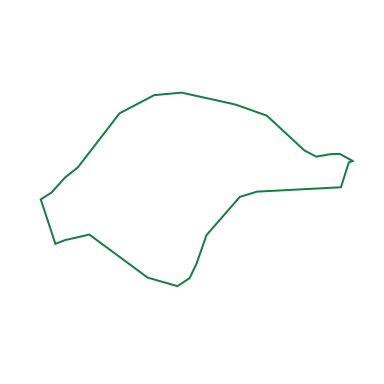 the Province of Kep, rotated 311°
{"feature_id": "KHM-1798", "entity_name": "Kep", "entity_type": "Province", "adm_level": 1, "iso_a3": "KHM", "parent_name": "Cambodia", "parent_adm1": "", "projection": "orthographic", "projection_center": [104.354, 10.511], "detail": "fine", "context": "isolated", "style": "outline", "palette": "green", "viewbox_px": 384, "rotation_deg": 311, "n_neighbors": 0, "source": "natural_earth", "source_scale": "10m", "svg_char_len": 501}
<svg xmlns="http://www.w3.org/2000/svg" viewBox="0 0 384 384"><g transform="rotate(311 192 192)"><path d="M320.8,293.0L317.3,290.9L293.3,301.3L234.9,240.8L219.7,231.3L169.1,231.2L141.0,242.4L125.4,246.7L111.4,242.8L98.3,214.8L92.5,142.4L72.5,127.8L63.2,122.9L63.5,122.5L87.2,82.7L99.3,86.3L119.6,86.7L135.8,89.7L203.9,85.7L240.3,99.9L260.2,119.0L286.6,167.6L298.7,198.4L297.1,249.5L300.2,262.6L311.3,271.6L317.7,278.5L320.8,292.7L320.8,293.0Z" fill="none" stroke="#15803d" stroke-width="2"/></g></svg>